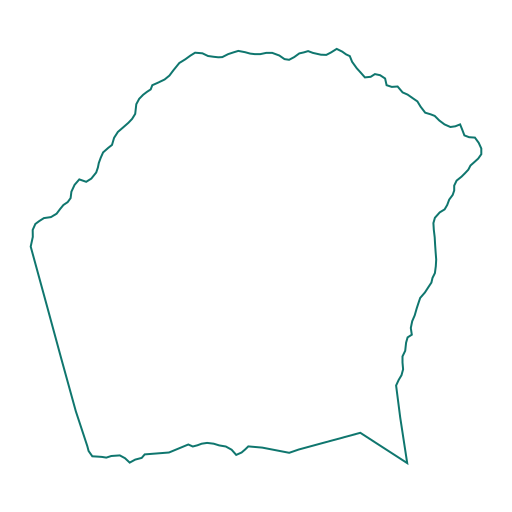 the district of Água Fria, Bahia, Brazil
{"feature_id": "56859067B52662143851434", "entity_name": "Água Fria", "entity_type": "district", "adm_level": 2, "iso_a3": "BRA", "parent_name": "Brazil", "parent_adm1": "Bahia", "projection": "robinson", "projection_center": [-38.688, -11.822], "detail": "fine", "context": "isolated", "style": "outline", "palette": "teal", "viewbox_px": 512, "rotation_deg": 0, "n_neighbors": 0, "source": "geoboundaries", "source_scale": "gbopen_adm2", "svg_char_len": 2252}
<svg xmlns="http://www.w3.org/2000/svg" viewBox="0 0 512 512"><path d="M481.3,148.5L478.7,142.8L474.9,137.6L469.1,137.2L464.4,135.4L462.2,129.6L460.1,124.4L455.3,126.3L450.4,127.0L444.5,124.4L439.3,120.5L434.7,115.9L430.6,114.3L425.2,112.7L420.6,106.7L417.4,101.4L412.6,98.1L407.6,94.6L402.6,92.4L397.6,86.5L391.8,86.9L386.6,85.2L385.1,78.5L380.1,75.2L374.9,74.1L370.7,76.8L364.9,77.4L361.4,73.4L356.7,68.2L352.1,61.8L349.8,56.1L346.1,54.4L342.2,51.6L336.7,48.9L331.1,52.4L326.3,54.9L320.9,54.7L312.9,52.9L308.1,51.1L303.8,52.4L299.3,53.4L294.2,57.1L289.1,59.8L284.5,59.1L279.3,55.5L272.3,52.9L266.1,52.9L260.4,54.1L254.6,54.1L250.2,53.6L245.1,52.2L238.3,50.9L233.4,52.4L228.2,54.1L222.3,57.1L218.4,57.3L213.8,56.8L208.0,56.0L202.4,53.3L195.1,52.7L190.4,55.6L185.3,59.3L179.3,63.0L173.3,70.4L169.4,75.6L164.6,79.5L157.3,83.0L152.3,85.2L150.7,89.4L146.9,91.9L143.1,94.8L139.2,98.8L136.3,104.2L135.2,113.9L132.1,118.9L128.4,122.8L123.6,127.0L117.9,131.9L114.1,137.8L112.0,144.9L108.2,147.9L103.1,152.4L100.7,157.8L98.8,163.0L97.9,167.5L96.2,172.5L91.3,178.6L86.2,181.8L79.3,179.4L74.6,184.8L71.4,191.7L70.6,198.1L67.7,202.1L63.4,205.0L60.2,208.9L56.6,213.7L50.9,217.1L43.9,218.1L39.2,221.1L35.4,223.9L32.7,229.9L32.8,236.9L30.7,246.6L47.4,307.6L60.8,356.9L75.8,411.2L87.3,446.1L88.6,451.0L92.3,456.3L97.5,456.6L101.8,456.9L106.3,457.6L111.3,456.0L119.8,455.4L125.0,458.2L129.7,462.6L135.2,459.6L141.7,457.9L144.7,454.4L169.0,452.5L188.3,444.5L192.8,446.5L197.4,445.3L201.7,443.7L207.1,442.9L213.7,443.7L219.2,445.4L225.8,446.5L231.6,449.7L236.2,454.9L241.6,452.5L245.1,449.5L248.3,446.4L262.2,447.6L289.2,452.8L298.8,449.5L360.3,432.8L407.2,463.1L400.2,417.4L396.1,385.5L398.7,379.9L401.5,375.2L403.1,369.3L402.5,362.5L402.5,356.4L405.2,350.8L406.1,342.6L407.6,337.4L411.8,334.7L410.8,328.0L412.2,321.2L414.7,315.4L416.7,308.4L418.6,302.6L420.2,297.9L424.9,292.5L428.6,286.8L431.4,282.6L432.5,277.9L434.9,273.1L435.8,266.3L436.2,259.6L435.6,251.8L435.1,244.5L434.7,237.4L433.8,229.7L433.4,223.1L434.9,217.8L439.7,212.4L444.6,209.4L447.2,205.0L449.2,199.6L452.7,194.9L454.2,190.5L454.2,185.6L456.6,180.6L461.6,176.6L465.1,173.1L468.3,169.7L470.5,165.5L474.1,162.3L478.2,158.6L481.3,154.2L481.3,148.5Z" fill="none" stroke="#0f766e" stroke-width="2"/></svg>